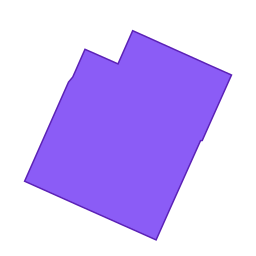 the district of Mayes, Oklahoma, United States of America, rotated 204°
{"feature_id": "52423323B2664588316143", "entity_name": "Mayes", "entity_type": "district", "adm_level": 2, "iso_a3": "USA", "parent_name": "United States of America", "parent_adm1": "Oklahoma", "projection": "albers", "projection_center": [-95.237, 36.292], "detail": "fine", "context": "isolated", "style": "filled", "palette": "violet", "viewbox_px": 256, "rotation_deg": 204, "n_neighbors": 0, "source": "geoboundaries", "source_scale": "gbopen_adm2", "svg_char_len": 420}
<svg xmlns="http://www.w3.org/2000/svg" viewBox="0 0 256 256"><g transform="rotate(204 128 128)"><path d="M133.1,218.7L158.0,218.8L163.3,218.8L163.2,182.5L199.3,182.4L199.2,158.3L199.2,152.1L201.0,145.8L201.0,133.8L200.8,37.3L140.8,37.2L92.8,37.2L56.8,37.2L56.8,73.5L56.7,103.1L56.7,105.4L56.6,145.9L55.1,146.8L55.1,170.0L55.0,218.5L80.4,218.5L133.1,218.7Z" fill="#8b5cf6" stroke="#5b21b6" stroke-width="1.5"/></g></svg>